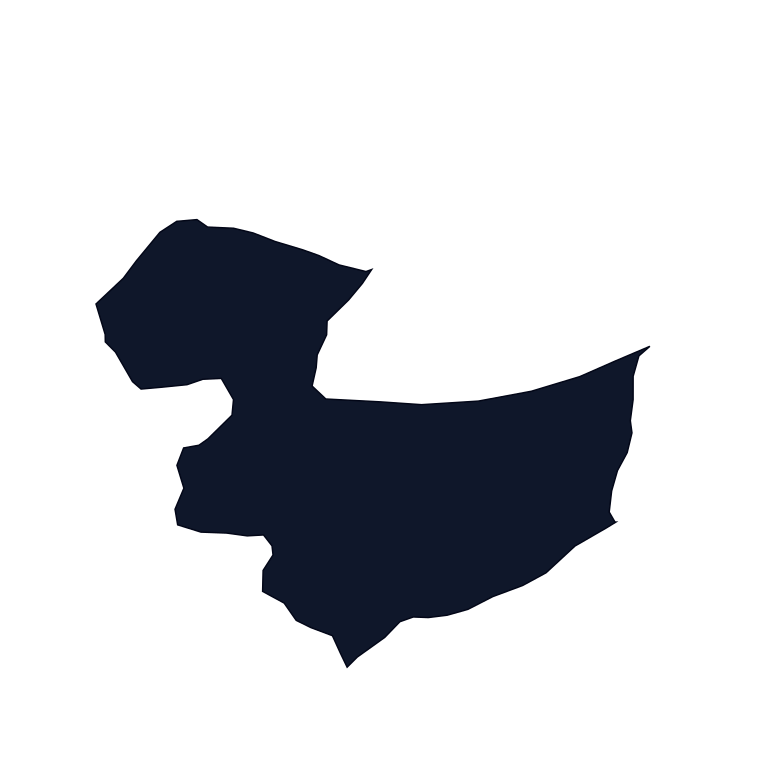 Sandviken, Gävleborg, Sweden, rotated 150°
{"feature_id": "70781695B54333453376025", "entity_name": "Sandviken", "entity_type": "district", "adm_level": 2, "iso_a3": "SWE", "parent_name": "Sweden", "parent_adm1": "Gävleborg", "projection": "equal_earth", "projection_center": [16.677, 60.515], "detail": "fine", "context": "isolated", "style": "filled", "palette": "ink", "viewbox_px": 768, "rotation_deg": 150, "n_neighbors": 0, "source": "geoboundaries", "source_scale": "gbopen_adm2", "svg_char_len": 1215}
<svg xmlns="http://www.w3.org/2000/svg" viewBox="0 0 768 768"><g transform="rotate(150 384 384)"><path d="M252.2,148.5L253.0,149.0L253.0,160.5L240.3,177.6L225.1,192.3L207.7,203.0L193.7,217.7L189.0,229.1L176.1,245.9L164.4,266.1L149.2,280.9L134.9,283.7L172.6,288.3L210.8,292.5L259.9,304.0L310.8,322.0L361.8,347.3L396.3,370.5L441.9,400.1L447.3,418.2L434.6,432.0L427.3,442.6L409.1,455.3L401.8,467.0L372.6,474.5L352.5,481.9L337.5,489.3L343.4,490.4L363.4,509.6L376.2,527.8L387.1,540.6L407.2,562.0L421.8,580.2L436.4,594.1L458.3,608.1L463.8,619.9L479.9,627.4L482.1,628.5L502.2,627.4L536.8,614.5L556.9,605.9L593.4,597.3L600.7,566.3L604.3,559.8L600.6,545.9L600.6,511.8L596.9,501.1L578.6,492.6L554.9,481.9L538.5,478.7L522.1,470.2L522.1,445.8L531.2,433.0L564.0,424.5L574.9,423.5L589.5,428.8L604.0,417.1L609.4,393.8L627.6,380.0L633.1,365.2L616.6,347.3L594.8,333.6L578.4,320.9L563.8,313.5L561.9,299.8L565.6,291.4L581.9,283.0L592.8,265.1L580.0,244.2L578.2,223.2L569.1,209.6L554.5,191.8L556.3,173.0L557.5,157.2L543.7,160.9L510.0,164.2L489.1,170.2L475.1,167.6L462.4,159.6L444.9,152.2L424.0,146.9L396.1,145.5L364.7,140.2L338.0,139.5L299.6,148.2L263.6,148.2L252.2,148.5Z" fill="#0f172a" stroke="#020617" stroke-width="1.5"/></g></svg>